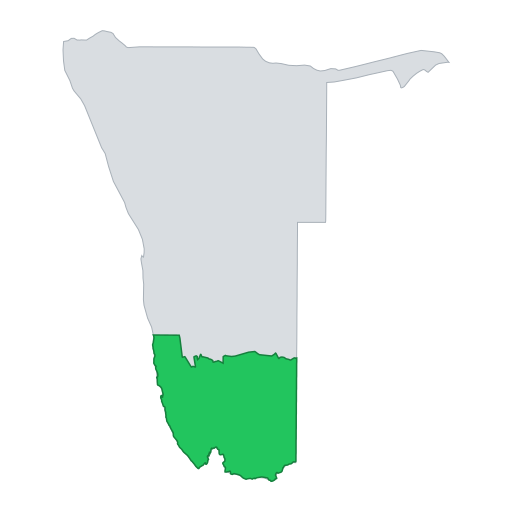 location of Karas within Namibia
{"feature_id": "NAM-3338", "entity_name": "Karas", "entity_type": "Region", "adm_level": 1, "iso_a3": "NAM", "parent_name": "Namibia", "parent_adm1": "", "projection": "equal_earth", "projection_center": [17.311, -26.98], "detail": "fine", "context": "in_parent", "style": "filled", "palette": "green", "viewbox_px": 512, "rotation_deg": 0, "n_neighbors": 0, "source": "natural_earth", "source_scale": "10m", "svg_char_len": 8725}
<svg xmlns="http://www.w3.org/2000/svg" viewBox="0 0 512 512"><path d="M395.5,56.5L401.6,54.9L407.5,53.4L414.3,51.9L419.7,50.7L421.1,50.4L434.1,51.8L439.8,52.8L441.8,53.8L444.3,56.3L449.0,62.4L447.8,62.2L439.0,63.5L435.6,65.1L428.1,72.3L426.5,71.4L424.7,69.9L423.2,69.5L419.9,71.2L416.6,73.3L413.0,76.2L410.0,79.1L409.0,80.6L404.3,86.5L402.7,87.5L401.4,87.9L400.8,87.6L400.3,85.1L397.5,79.1L393.0,71.3L391.7,70.6L390.8,70.3L387.3,70.7L377.4,72.9L369.1,74.7L356.3,77.9L342.5,80.5L334.1,82.0L326.7,82.5L326.7,90.2L326.6,105.8L326.5,121.3L326.4,136.9L326.2,152.4L326.1,167.9L326.0,183.3L325.9,198.8L325.8,214.2L325.7,220.9L325.5,222.4L321.3,222.4L311.9,222.4L303.9,222.4L297.5,222.4L297.5,231.5L297.4,242.3L297.3,253.1L297.3,263.9L297.2,274.7L297.1,285.4L297.1,296.2L297.0,306.9L296.9,317.6L296.9,325.7L296.9,326.6L296.8,342.3L296.6,358.9L296.5,375.4L296.4,391.9L296.2,408.3L296.1,424.8L296.0,441.1L295.8,457.5L295.8,462.7L293.0,462.6L287.3,464.6L283.7,467.2L282.1,470.4L280.0,472.3L277.4,473.0L276.2,474.6L276.5,477.2L275.5,479.2L273.2,480.5L269.5,480.1L264.4,478.0L257.8,477.5L249.9,478.6L244.2,478.1L240.7,475.9L237.0,474.6L233.1,474.3L230.8,473.4L226.2,471.7L225.3,468.9L224.8,466.8L223.5,464.5L223.3,462.7L224.4,461.3L224.5,459.1L223.8,456.0L222.5,454.5L220.7,454.6L219.5,453.4L219.1,451.0L218.0,449.1L215.4,447.2L212.1,448.6L210.5,450.8L209.5,454.1L208.7,455.8L208.3,458.6L208.1,460.6L207.2,462.7L206.3,463.6L205.4,463.2L203.7,464.0L199.8,467.1L198.8,468.8L195.7,465.8L186.6,454.6L183.4,451.7L178.6,444.8L168.1,423.5L166.6,419.4L164.6,409.0L162.2,401.4L161.9,396.9L163.0,394.4L162.3,391.0L161.1,388.0L157.5,384.0L156.4,370.6L154.0,362.0L154.4,354.9L153.2,348.3L153.1,344.2L153.6,336.2L151.6,327.1L147.6,318.1L144.0,305.2L143.4,299.5L143.7,284.2L143.0,278.0L142.9,270.6L141.5,263.0L140.9,258.9L141.8,255.6L142.4,256.6L143.5,257.1L144.1,252.7L144.2,248.9L142.4,239.3L138.4,229.5L128.4,213.6L126.0,207.5L124.6,202.5L113.4,181.4L108.6,166.5L105.2,153.6L101.6,147.7L84.6,105.7L80.8,99.0L74.1,91.0L72.5,88.3L69.9,80.6L64.8,70.4L63.5,60.8L63.0,49.9L63.6,41.5L68.1,40.7L71.3,38.4L74.1,38.3L77.0,40.0L80.0,40.1L81.1,39.9L86.5,40.1L89.6,38.1L93.2,36.1L95.3,34.4L98.3,32.6L102.2,30.7L104.5,30.9L107.2,31.6L110.9,32.3L113.0,33.5L115.4,37.4L119.2,40.9L122.0,43.0L125.3,45.8L126.2,46.9L127.6,47.5L128.5,47.6L134.4,47.2L139.8,46.8L145.6,46.8L156.5,46.9L167.5,46.9L178.4,46.9L189.3,46.9L200.2,47.0L211.1,47.0L222.0,47.0L233.0,47.0L237.4,47.0L245.2,47.2L253.4,47.3L254.3,47.5L255.2,48.2L256.0,48.9L258.9,53.8L262.6,58.9L265.6,61.3L269.3,62.8L272.8,63.3L276.0,63.0L281.3,63.6L288.8,65.3L296.6,65.7L304.6,65.1L310.3,66.0L313.5,68.5L316.9,70.2L320.3,71.0L324.9,70.5L330.8,68.6L335.7,68.9L338.0,70.3L339.4,70.3L348.0,68.3L354.9,66.7L365.3,64.1L373.9,61.9L386.6,58.8L395.5,56.5Z" fill="#d9dde1" stroke="#a8b0b8" stroke-width="1"/><path d="M220.7,454.8L219.8,454.6L219.2,453.8L219.1,452.0L219.1,451.2L219.1,450.4L218.9,449.7L218.2,449.5L217.7,449.2L217.3,448.5L217.0,447.8L216.6,447.2L216.3,447.1L216.0,447.1L215.5,447.2L215.2,447.4L214.2,448.2L213.5,448.0L213.2,448.1L212.8,448.6L212.5,448.8L212.2,448.7L211.9,448.3L211.7,448.2L211.5,448.4L211.1,449.0L210.8,452.0L210.6,452.4L210.4,452.4L209.8,452.3L209.7,452.2L209.4,452.3L209.4,452.5L209.5,452.7L209.9,453.4L210.0,453.7L209.5,453.8L209.0,453.8L208.8,453.9L208.7,454.3L208.8,454.5L209.0,454.9L209.1,455.3L209.1,455.8L208.8,456.0L208.6,455.9L208.3,455.7L208.0,455.6L207.6,455.8L207.4,456.5L207.5,457.2L207.7,457.8L208.3,458.9L208.5,459.5L208.2,459.8L207.8,460.2L207.7,460.9L207.7,461.7L207.6,462.3L207.3,463.0L206.8,463.8L206.2,464.3L205.8,464.2L205.7,463.9L205.6,463.4L205.5,463.0L205.2,462.8L204.9,463.0L202.9,465.4L201.8,465.8L201.1,466.3L200.3,466.8L199.8,467.1L199.3,467.6L199.1,468.1L198.7,468.5L198.0,468.4L197.7,468.1L196.0,466.5L195.1,465.3L194.7,464.6L191.8,461.1L191.3,460.9L191.1,460.6L189.4,458.0L187.6,455.5L184.0,452.4L183.2,451.5L181.8,449.4L179.8,447.5L179.4,447.0L178.6,445.4L177.7,444.2L177.5,443.6L177.7,442.8L177.7,442.5L177.4,441.3L176.6,440.1L173.8,436.8L173.5,436.2L173.3,435.3L173.3,433.4L173.3,433.1L173.1,432.6L170.4,427.6L170.0,426.4L169.7,425.8L169.2,425.5L169.0,425.2L168.1,423.3L167.0,421.5L166.8,421.1L166.4,418.2L166.3,417.9L166.1,417.6L165.9,417.3L165.9,416.8L166.0,415.3L165.6,412.9L165.8,412.4L165.3,411.0L165.1,410.3L165.0,409.5L165.1,407.9L164.9,407.2L164.5,406.6L164.3,406.5L163.8,406.4L163.5,406.3L163.5,406.2L163.3,405.8L163.1,405.4L162.9,404.6L162.7,403.9L161.8,401.7L161.6,401.1L161.7,400.1L161.4,399.3L161.0,398.6L160.8,398.0L160.7,397.1L160.8,396.4L161.0,395.8L161.4,395.6L161.7,395.6L162.0,395.4L162.3,395.8L162.3,397.2L162.5,397.2L162.6,396.5L163.1,394.5L163.2,394.1L163.0,393.7L162.4,391.4L162.0,389.2L161.4,387.8L160.4,386.6L159.4,385.8L157.7,385.0L157.5,384.6L157.3,381.7L157.3,378.9L156.8,377.9L156.7,377.6L156.8,377.2L157.0,377.2L157.2,377.3L157.4,377.1L157.8,376.0L157.8,374.4L157.5,372.8L157.0,371.5L155.8,369.0L155.6,367.8L156.0,366.4L155.8,366.4L154.4,364.4L153.9,363.4L153.8,363.0L153.8,362.7L153.9,362.1L153.9,359.2L154.0,358.4L154.8,356.5L154.9,355.9L154.9,355.0L154.7,354.3L154.1,353.6L154.0,352.6L153.8,350.9L153.1,348.6L153.0,346.9L152.7,345.5L152.6,344.8L153.5,342.0L153.4,341.6L153.9,338.9L154.0,337.4L153.7,335.9L153.3,335.0L179.2,335.2L179.9,338.2L182.2,356.6L182.3,356.9L182.4,357.2L182.7,357.3L183.0,357.2L184.0,356.8L184.4,356.7L184.8,356.7L185.1,357.0L185.3,357.3L191.0,366.6L191.4,367.0L191.7,367.0L192.1,366.8L192.4,366.5L193.0,366.5L193.7,366.5L194.9,367.0L195.3,367.0L195.5,366.8L194.0,357.5L194.0,357.1L194.0,356.8L194.3,356.6L194.6,356.5L196.0,355.9L196.3,355.9L196.6,356.0L196.9,356.3L197.2,356.5L197.4,356.8L197.4,357.0L197.2,357.5L197.2,357.8L197.6,359.6L198.8,358.5L199.2,357.8L200.3,355.0L200.6,354.4L200.8,354.4L201.1,354.8L201.7,356.3L202.0,356.7L202.2,356.9L202.5,356.9L203.0,356.8L207.9,358.0L208.1,358.2L208.6,358.5L209.3,359.1L210.5,359.2L211.7,359.8L212.5,360.4L212.8,360.7L212.9,361.2L212.9,361.6L213.0,362.0L213.7,362.2L215.8,361.4L216.6,361.4L218.1,360.7L218.5,360.8L223.1,363.2L223.2,356.7L223.8,356.2L224.6,355.9L225.1,355.5L225.3,355.4L225.5,355.5L225.8,355.7L226.2,355.8L231.5,356.5L235.2,356.1L248.6,352.2L254.8,351.5L256.7,352.8L257.3,353.4L259.4,354.7L271.6,356.0L272.0,355.8L274.5,354.2L275.1,353.5L275.3,353.3L275.6,353.1L275.8,353.3L276.0,353.5L278.4,358.0L278.7,358.4L278.9,358.5L279.3,358.2L280.1,357.4L280.4,357.3L281.1,357.1L282.4,357.1L283.9,357.4L284.6,357.7L285.3,358.3L285.7,358.6L286.1,358.8L288.8,359.4L290.0,360.0L290.3,360.1L290.9,359.9L294.0,358.0L294.5,357.9L295.0,357.9L295.4,358.3L296.7,358.0L296.7,359.6L296.7,361.7L296.6,363.8L296.6,365.9L296.6,368.0L296.6,370.0L296.6,372.1L296.6,374.2L296.6,376.3L296.5,378.4L296.5,380.4L296.5,382.5L296.5,384.6L296.5,386.7L296.5,388.8L296.4,390.8L296.4,392.9L296.4,395.0L296.4,397.1L296.4,399.1L296.4,401.2L296.3,403.3L296.3,405.4L296.3,407.4L296.3,409.5L296.3,411.6L296.3,413.6L296.2,415.7L296.2,417.8L296.2,419.9L296.2,421.9L296.2,424.0L296.2,426.1L296.2,428.1L296.1,430.2L296.1,432.3L296.1,434.3L296.1,436.4L296.1,438.5L296.0,440.5L296.0,442.6L296.0,444.6L296.0,446.7L296.0,448.8L296.0,450.8L296.0,452.9L295.9,454.9L295.9,457.0L295.9,459.1L295.9,460.5L295.8,461.6L295.0,461.9L294.7,461.9L293.8,461.8L293.5,461.8L292.8,462.3L291.5,463.6L290.7,463.9L289.4,464.0L288.8,464.2L288.2,464.7L287.7,465.0L285.0,465.3L284.7,465.4L284.5,465.6L284.3,465.8L284.1,466.1L283.9,466.5L283.7,466.8L283.5,467.5L283.3,467.6L283.0,467.7L282.9,468.0L282.1,471.0L281.8,471.5L281.3,472.0L280.7,472.3L278.5,473.0L278.1,473.2L277.8,473.1L277.2,472.5L276.8,472.5L276.4,472.9L276.1,473.3L275.6,474.4L275.5,475.2L275.7,476.0L276.7,478.0L276.7,478.5L276.4,478.7L275.5,478.8L275.3,478.9L275.0,479.5L274.8,479.8L273.2,480.8L272.1,481.2L271.0,481.3L270.5,480.6L270.4,480.4L270.1,480.3L269.1,480.1L268.7,479.7L268.0,478.4L267.5,477.9L261.8,476.9L256.5,477.8L255.5,478.5L255.0,478.7L254.8,478.6L254.5,478.2L254.4,478.2L254.2,478.2L254.0,478.4L253.8,478.4L253.3,478.5L253.0,478.6L252.8,478.8L252.3,479.1L251.6,478.9L250.4,478.4L249.8,478.4L247.4,478.8L246.4,479.2L245.9,479.2L243.6,478.2L242.6,477.6L240.9,475.9L240.0,475.3L239.0,474.8L234.4,473.6L233.5,473.7L233.2,473.8L232.7,474.3L232.4,474.4L232.1,474.4L231.2,474.1L230.6,473.8L230.5,473.1L230.5,472.2L230.3,471.4L229.9,471.1L229.5,471.2L228.9,471.5L228.4,471.6L227.2,471.8L226.0,472.1L225.0,471.9L225.0,470.8L225.3,469.3L225.5,467.9L225.2,467.1L224.2,466.6L224.0,466.0L223.8,465.2L223.0,464.0L222.8,463.4L222.9,462.8L223.3,462.4L223.8,462.0L224.2,461.8L224.7,461.5L224.9,460.6L225.0,459.6L224.9,458.8L224.8,458.4L224.3,457.7L224.1,457.3L224.0,456.9L224.0,456.5L223.9,456.1L223.7,455.7L223.6,455.3L223.5,454.9L223.4,454.5L223.1,454.3L222.4,454.3L220.7,454.8Z" fill="#22c55e" stroke="#15803d" stroke-width="1.5"/></svg>